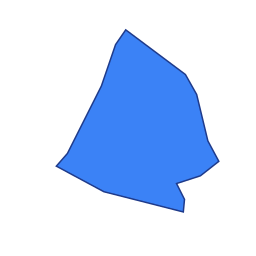 the state/province of Western, rotated 75°
{"feature_id": "ASM-5002", "entity_name": "Western", "entity_type": "state/province", "adm_level": 1, "iso_a3": "ASM", "parent_name": "American Samoa", "parent_adm1": "", "projection": "equal_earth", "projection_center": [-170.747, -14.332], "detail": "fine", "context": "isolated", "style": "filled", "palette": "blue", "viewbox_px": 256, "rotation_deg": 75, "n_neighbors": 0, "source": "natural_earth", "source_scale": "10m", "svg_char_len": 337}
<svg xmlns="http://www.w3.org/2000/svg" viewBox="0 0 256 256"><g transform="rotate(75 128 128)"><path d="M223.4,96.3L183.3,167.8L146.3,207.1L136.9,193.1L80.5,142.8L44.2,118.4L32.6,104.8L91.2,58.7L113.4,53.0L161.1,54.2L183.7,48.9L192.9,70.4L194.2,95.5L211.6,91.9L223.4,96.3Z" fill="#3b82f6" stroke="#1e3a8a" stroke-width="1.5"/></g></svg>